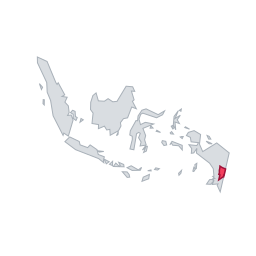 Boven Digoel, Papua, Indonesia (highlighted), rotated 13°
{"feature_id": "22746128B21273779065212", "entity_name": "Boven Digoel", "entity_type": "district", "adm_level": 2, "iso_a3": "IDN", "parent_name": "Indonesia", "parent_adm1": "Papua", "projection": "equal_earth", "projection_center": [140.719, -6.154], "detail": "medium", "context": "in_parent", "style": "filled", "palette": "rose", "viewbox_px": 256, "rotation_deg": 13, "n_neighbors": 0, "source": "geoboundaries", "source_scale": "gbopen_adm2", "svg_char_len": 4233}
<svg xmlns="http://www.w3.org/2000/svg" viewBox="0 0 256 256"><g transform="rotate(13 128 128)"><path d="M89.0,101.0L93.0,108.2L99.0,107.2L102.0,103.9L107.3,105.9L111.3,104.5L116.8,87.7L123.3,86.8L126.3,90.8L123.0,91.2L127.6,99.2L126.3,101.0L131.8,107.4L126.9,106.7L125.3,118.2L121.5,119.9L119.4,124.5L120.7,127.6L119.4,132.7L112.3,139.1L110.6,133.4L107.7,134.7L104.6,131.5L99.3,135.3L98.5,131.3L91.9,131.7L90.6,121.3L87.3,118.4L85.9,111.3L86.5,104.3L89.0,101.0ZM23.7,79.2L34.2,81.4L47.5,100.0L49.1,101.5L49.8,99.6L58.9,109.9L56.6,112.1L61.8,111.7L60.7,117.0L64.9,119.9L67.2,126.3L66.3,129.4L69.7,128.1L72.7,132.6L71.7,149.3L66.6,147.4L66.4,149.8L52.3,133.0L46.4,118.6L41.2,111.3L38.6,102.0L25.1,84.8L23.7,79.2ZM232.2,129.5L232.2,169.5L227.8,163.8L228.3,162.2L222.7,164.1L223.6,160.1L222.1,158.0L222.6,157.7L223.5,157.9L224.0,157.7L221.4,156.1L222.6,155.6L220.2,148.4L215.4,143.9L200.3,137.0L199.7,132.3L197.7,137.5L195.4,138.4L194.7,133.7L191.1,130.6L199.0,129.6L200.0,126.4L192.6,127.3L190.9,123.1L186.6,122.2L187.8,118.7L193.0,115.7L200.2,118.0L201.3,127.7L206.1,134.2L217.8,122.6L232.2,129.5ZM158.7,107.3L153.5,111.6L139.0,110.2L137.3,111.8L136.7,116.9L139.4,121.9L143.6,118.6L152.1,118.3L142.6,125.0L146.9,131.4L146.8,135.7L149.6,140.5L143.8,142.8L143.9,138.7L140.5,135.1L141.2,130.4L139.4,129.9L137.6,131.6L138.6,147.9L134.6,148.0L134.8,138.3L134.0,135.1L131.3,134.4L130.9,130.2L134.1,119.0L135.7,118.8L135.1,114.0L137.6,107.5L141.3,105.3L154.4,108.2L159.8,103.1L158.7,107.3ZM73.2,149.8L83.5,152.1L85.1,155.2L93.1,156.2L94.9,153.0L102.7,156.1L105.0,160.5L111.4,161.4L111.4,165.1L112.3,167.3L106.2,164.4L81.8,160.9L69.6,155.5L73.2,149.8ZM171.7,108.2L176.1,103.8L174.1,108.9L177.1,112.1L172.4,111.6L174.9,119.0L171.5,115.0L170.3,106.4L173.1,99.9L171.7,108.2ZM173.9,131.1L184.7,132.7L185.8,137.2L181.4,133.9L175.4,134.7L173.6,132.9L172.5,135.0L173.9,131.1ZM149.5,166.4L141.6,168.4L136.0,166.9L139.6,164.1L147.5,166.5L150.1,163.3L149.5,166.4ZM126.6,163.5L132.0,164.5L132.9,166.7L122.4,168.8L124.0,164.9L127.7,167.1L128.9,166.3L126.6,163.5ZM159.3,168.4L159.6,172.8L153.6,176.8L153.9,172.5L159.3,168.4ZM72.7,123.7L74.2,128.6L76.2,129.3L75.6,132.4L72.5,130.9L71.5,126.9L68.5,126.0L70.0,123.2L72.7,123.7ZM221.1,164.3L217.1,165.0L219.1,160.0L222.2,158.9L223.2,160.8L221.1,164.3ZM137.0,171.0L139.6,173.1L140.7,175.5L138.3,176.3L132.3,171.9L137.0,171.0ZM167.8,132.5L169.5,135.8L167.0,137.0L164.1,134.5L164.3,132.6L167.8,132.5ZM111.7,163.7L117.3,165.1L114.9,167.8L111.7,163.7ZM120.5,163.9L121.4,168.1L118.1,167.5L120.5,163.9ZM82.6,130.1L79.9,133.2L80.1,129.3L82.6,130.1ZM203.0,146.9L203.7,152.2L202.5,152.4L201.4,148.6L203.0,146.9ZM109.7,156.3L105.5,157.9L103.6,157.0L109.7,156.3ZM151.0,141.5L151.1,146.3L148.7,148.3L149.6,141.9L151.0,141.5ZM31.7,104.7L35.6,107.5L35.0,110.0L31.7,104.7ZM41.2,124.4L39.7,123.4L39.0,119.4L40.1,119.3L41.2,124.4ZM188.3,162.6L187.5,160.7L189.7,157.2L189.7,160.3L188.3,162.6ZM183.7,113.9L188.2,115.3L183.2,114.8L183.7,113.9ZM156.6,123.7L160.7,125.0L156.2,124.9L156.6,123.7ZM149.1,143.8L147.0,146.2L148.9,141.9L149.1,143.8ZM206.7,117.5L209.0,117.9L211.2,120.2L209.1,120.7L206.7,117.5ZM167.7,160.6L166.3,162.3L163.2,162.5L164.0,160.6L167.7,160.6ZM202.9,153.1L201.9,155.6L200.9,155.5L201.0,151.5L202.9,153.1ZM173.7,123.7L171.0,124.1L170.2,123.3L171.3,121.7L173.7,123.7ZM207.1,123.3L210.4,123.7L213.6,124.5L210.5,125.1L207.1,123.3ZM149.7,120.7L152.4,122.4L149.6,123.2L149.7,120.7ZM175.8,99.8L174.0,99.3L175.7,97.5L175.8,99.8ZM156.8,165.2L159.8,163.7L160.2,164.6L156.8,165.2ZM183.7,123.9L183.2,126.1L180.9,125.0L182.1,124.3L183.7,123.9ZM119.7,136.6L118.5,138.1L119.4,133.5L119.7,136.6ZM171.0,115.4L172.4,118.4L171.9,118.9L169.7,116.5L171.0,115.4Z" fill="#d9dde1" stroke="#a8b0b8" stroke-width="1"/><path d="M231.7,154.2L231.8,154.1L231.9,153.9L232.0,153.8L232.0,153.7L232.0,153.4L232.1,153.2L232.1,153.3L232.0,153.2L232.0,152.9L232.1,153.0L232.1,152.9L232.3,152.8L232.3,152.7L232.2,152.7L232.1,152.8L232.1,152.7L232.2,152.4L232.3,152.3L232.3,146.0L231.3,145.8L228.8,145.4L228.2,145.2L226.2,144.5L226.4,145.7L226.5,146.9L226.5,148.6L227.2,151.5L227.0,151.8L227.0,152.0L227.1,152.4L227.1,152.5L226.9,152.7L226.9,152.8L228.1,153.0L228.1,158.1L231.7,154.2Z" fill="#f43f5e" stroke="#9f1239" stroke-width="1.5"/></g></svg>